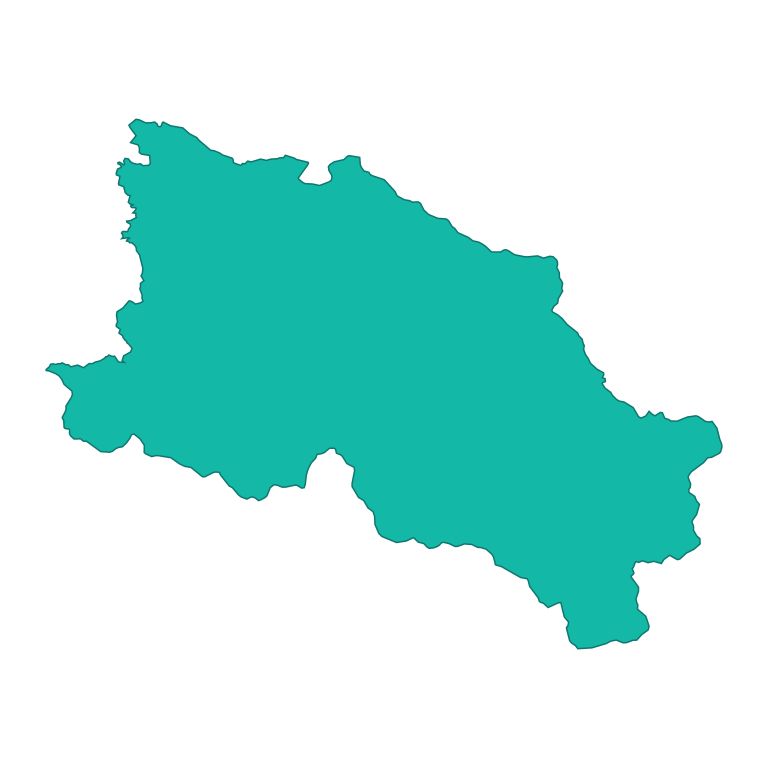 outline of Sop Cop, Son La, Vietnam
{"feature_id": "81297802B35904575630157", "entity_name": "Sop Cop", "entity_type": "district", "adm_level": 2, "iso_a3": "VNM", "parent_name": "Vietnam", "parent_adm1": "Son La", "projection": "albers", "projection_center": [103.41, 20.879], "detail": "fine", "context": "isolated", "style": "filled", "palette": "teal", "viewbox_px": 768, "rotation_deg": 0, "n_neighbors": 0, "source": "geoboundaries", "source_scale": "gbopen_adm2", "svg_char_len": 6091}
<svg xmlns="http://www.w3.org/2000/svg" viewBox="0 0 768 768"><path d="M50.5,364.3L49.5,366.6L46.2,369.5L46.1,370.5L48.8,370.9L55.6,373.6L59.0,375.8L61.7,379.2L64.1,384.4L71.9,391.0L72.4,394.2L71.5,397.2L66.0,406.0L66.0,409.3L65.2,411.8L62.2,417.5L63.8,420.9L64.1,427.5L65.1,428.5L69.1,429.1L69.6,429.9L69.5,433.7L70.7,436.0L74.1,439.0L80.6,438.8L83.2,441.1L86.6,441.3L100.7,451.6L109.7,452.2L112.6,451.2L115.5,448.8L118.6,447.4L122.4,446.8L126.6,442.8L130.1,437.8L131.4,434.8L133.4,434.0L134.4,434.3L140.1,438.9L144.3,445.2L144.2,452.5L145.8,453.9L151.7,456.6L155.9,455.6L158.6,455.7L170.9,457.7L179.4,463.8L184.6,466.3L191.1,467.5L202.5,476.8L204.8,476.8L213.0,472.6L215.6,472.0L219.2,472.3L221.0,475.6L229.2,486.0L232.3,487.6L238.5,494.9L240.9,496.8L246.8,499.1L251.3,496.9L254.9,497.7L258.5,500.6L260.9,499.8L265.4,497.3L267.0,495.7L270.2,487.7L274.0,484.7L277.6,485.3L282.0,487.1L285.7,487.1L295.1,485.1L297.2,485.4L301.7,488.1L304.2,487.7L305.3,484.1L306.3,475.2L308.0,469.2L311.2,463.0L315.7,458.1L317.0,454.4L321.4,453.7L324.6,452.4L329.4,448.3L334.1,448.2L335.4,449.0L336.5,453.2L340.4,454.7L342.2,456.1L346.8,463.5L354.1,467.3L354.6,470.5L352.1,483.4L352.1,486.6L358.6,497.5L363.7,500.5L368.1,508.0L373.0,511.6L374.6,516.2L375.0,524.4L378.8,533.4L381.9,536.5L396.5,542.5L406.2,541.0L413.5,537.6L418.2,542.1L423.9,543.6L427.0,547.0L429.2,548.3L433.4,547.9L436.3,546.9L438.9,545.6L441.5,542.8L443.4,542.3L448.8,543.5L455.3,546.5L457.9,546.3L464.5,543.9L471.9,544.5L478.0,547.5L480.2,547.4L486.0,549.1L491.7,554.0L493.6,557.2L495.5,564.8L501.5,566.6L520.6,577.5L527.1,578.7L528.2,580.5L529.7,586.5L538.2,597.8L539.3,601.3L540.8,602.4L543.4,603.2L548.1,607.5L558.1,602.9L560.8,602.5L564.3,616.9L568.6,622.1L567.9,625.9L566.6,627.2L566.6,628.7L569.7,640.8L571.8,643.2L575.5,645.6L577.8,648.7L592.0,647.8L606.1,643.6L610.8,641.1L616.3,640.1L623.1,642.8L626.6,642.6L632.8,640.3L636.8,640.1L641.8,634.5L648.2,629.9L649.1,626.3L645.8,616.3L637.5,609.2L637.8,604.7L636.7,602.6L636.0,598.9L638.5,591.3L638.5,587.2L631.2,577.0L631.0,576.2L633.6,573.9L633.9,572.7L632.2,568.7L633.7,566.7L635.1,562.5L636.4,561.5L638.6,562.4L642.6,560.8L648.0,562.7L653.8,561.3L661.3,563.5L664.0,559.4L669.6,555.3L677.1,559.5L678.3,559.5L680.0,558.9L686.3,553.1L694.2,549.1L700.1,543.9L699.9,538.7L696.6,535.8L693.5,530.2L693.5,526.0L691.9,522.1L692.7,520.0L696.6,514.5L699.5,504.4L696.4,500.7L694.8,496.4L688.9,492.4L688.9,489.1L690.2,487.6L690.6,483.9L688.1,477.4L688.8,475.1L691.5,471.6L703.6,462.6L707.6,457.8L711.6,457.3L719.3,453.3L720.6,451.9L721.9,447.2L721.7,444.3L719.7,439.1L716.9,428.1L712.0,421.4L708.8,422.0L705.4,421.4L698.6,416.7L696.0,415.8L687.5,417.0L677.3,421.1L670.8,421.0L668.6,419.4L664.8,418.4L662.4,412.8L660.4,412.4L655.0,415.8L652.3,414.4L649.1,411.3L645.8,416.0L641.2,418.0L638.6,416.8L633.2,407.6L624.0,402.0L619.3,401.1L616.5,399.5L612.3,395.2L610.8,392.4L605.1,388.2L602.1,383.6L602.9,382.5L605.4,381.6L605.1,378.7L602.3,377.7L603.8,374.7L603.5,372.8L597.0,369.2L590.5,363.3L588.0,358.1L585.5,354.6L583.6,349.4L584.3,345.4L583.4,344.4L582.1,339.1L578.7,335.7L577.6,332.9L567.0,324.4L562.2,318.6L557.9,315.0L552.6,312.0L551.8,310.4L553.7,306.5L557.7,303.0L558.3,298.7L562.7,291.0L561.7,288.8L562.6,283.4L561.3,280.4L559.5,278.0L559.3,272.7L556.8,267.5L557.6,264.5L557.4,261.7L556.7,260.1L553.1,256.7L549.7,256.3L543.5,258.1L537.6,255.9L527.2,256.9L523.9,256.6L514.4,254.7L508.1,250.5L505.6,249.7L503.7,250.1L500.7,252.0L492.3,252.0L491.0,251.5L485.7,246.4L482.0,243.9L478.9,242.2L472.8,240.8L468.7,237.6L457.9,232.7L454.7,228.4L452.0,226.5L448.8,221.0L446.4,219.0L437.6,218.3L428.4,214.4L423.8,210.0L420.5,203.4L418.2,201.9L412.3,202.1L409.5,200.6L404.4,199.8L397.1,195.9L395.1,191.6L384.2,179.7L372.8,175.9L370.0,174.4L368.9,172.3L364.0,171.0L361.3,167.3L360.3,164.7L359.7,157.4L349.6,155.7L347.4,156.2L344.0,159.6L334.3,161.8L330.0,164.5L328.4,166.6L328.9,170.4L331.8,175.5L332.0,177.2L331.3,180.2L329.2,181.8L319.6,185.5L312.4,184.0L305.3,183.7L302.6,182.4L298.6,179.0L298.5,177.7L307.9,164.6L308.5,163.0L308.1,162.3L296.5,159.5L294.0,158.0L285.3,155.3L283.5,157.7L279.6,157.9L277.0,158.8L270.9,159.1L266.4,160.4L260.6,159.1L251.3,161.9L247.7,161.1L244.9,163.8L242.3,163.5L241.8,164.7L240.6,165.3L234.6,163.3L233.4,162.3L233.0,159.3L232.0,158.1L222.6,155.0L219.5,152.9L214.0,150.7L210.7,150.3L198.9,140.2L196.8,137.6L189.5,133.8L182.8,127.9L170.6,125.8L163.2,122.1L162.5,122.4L161.2,126.0L160.1,126.8L158.0,126.2L157.0,123.8L154.6,122.0L151.1,122.8L145.5,122.8L139.1,119.8L136.0,119.3L128.9,125.2L130.3,128.0L136.1,135.7L130.5,142.6L138.1,144.9L139.4,147.7L139.3,152.4L140.4,153.4L141.9,154.2L149.6,155.4L150.3,163.4L148.8,165.3L143.0,165.7L140.5,163.7L137.2,164.3L132.9,163.2L130.5,161.7L128.4,158.9L125.0,158.4L123.6,161.2L124.6,163.4L123.8,164.9L119.6,162.1L117.9,162.7L117.9,163.7L120.2,164.9L121.4,166.5L120.9,167.5L117.5,169.1L116.2,173.4L116.4,174.9L119.9,176.3L118.5,183.6L118.7,184.8L123.6,186.7L125.3,192.7L127.9,195.2L130.1,195.6L128.3,202.2L129.9,203.9L133.0,204.8L130.7,206.0L130.9,206.8L132.4,207.7L135.6,207.6L136.2,208.3L135.2,210.5L132.8,212.9L136.0,213.4L135.8,215.8L136.4,217.5L130.6,220.6L126.6,221.1L126.9,222.2L130.4,224.1L130.4,226.7L128.6,228.9L127.7,231.6L122.6,231.5L121.5,233.1L122.7,234.9L123.1,237.0L121.7,238.6L128.5,237.6L129.5,238.2L127.2,239.6L126.5,241.0L128.6,241.4L129.6,242.7L131.7,242.7L134.8,245.3L136.2,247.7L136.4,250.5L139.5,254.9L142.9,268.5L142.3,273.4L141.0,275.9L143.9,280.6L140.4,283.4L140.5,286.6L139.8,288.7L142.1,295.1L142.0,298.6L143.0,301.2L140.4,302.9L135.5,304.1L131.5,301.4L129.1,300.8L122.8,308.1L117.0,311.8L116.5,315.1L117.5,322.2L116.3,324.5L116.3,326.5L120.3,329.4L118.9,333.1L122.4,335.5L123.1,337.6L125.1,340.3L126.4,341.0L126.9,342.8L128.9,344.3L132.0,348.3L130.7,351.9L123.7,355.8L122.1,360.6L124.3,362.5L118.4,361.9L114.6,356.2L112.0,356.4L108.8,355.0L107.0,356.8L105.8,356.7L104.6,358.2L100.3,360.8L94.9,362.2L92.6,363.6L89.1,363.6L83.6,367.7L77.7,365.1L70.8,366.8L68.3,364.7L65.9,364.8L62.1,362.8L60.5,363.8L58.4,363.6L55.6,364.5L53.2,363.8L50.5,364.3Z" fill="#14b8a6" stroke="#0f766e" stroke-width="1.5"/></svg>